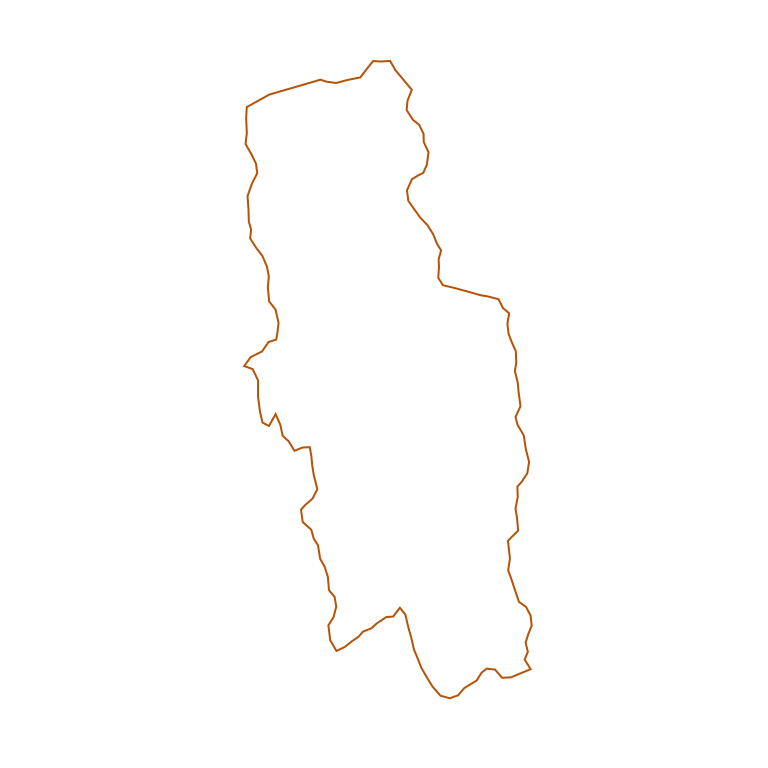 Pomerode, Santa Catarina, Brazil, rotated 171°
{"feature_id": "56859067B15210234936613", "entity_name": "Pomerode", "entity_type": "district", "adm_level": 2, "iso_a3": "BRA", "parent_name": "Brazil", "parent_adm1": "Santa Catarina", "projection": "equal_earth", "projection_center": [-49.174, -26.727], "detail": "fine", "context": "isolated", "style": "outline", "palette": "amber", "viewbox_px": 768, "rotation_deg": 171, "n_neighbors": 0, "source": "geoboundaries", "source_scale": "gbopen_adm2", "svg_char_len": 2176}
<svg xmlns="http://www.w3.org/2000/svg" viewBox="0 0 768 768"><g transform="rotate(171 384 384)"><path d="M327.4,702.1L336.6,703.0L344.2,704.7L350.5,699.0L359.5,690.5L372.5,690.0L384.1,688.8L393.0,691.4L399.2,694.5L452.1,687.8L476.2,679.0L478.6,667.9L480.2,653.4L483.2,642.7L478.8,631.1L476.0,621.8L476.2,612.1L483.2,602.4L489.4,590.9L490.5,577.9L492.1,565.6L491.1,557.5L493.4,548.7L489.2,539.0L484.1,529.5L481.3,518.5L480.9,508.3L483.6,497.7L484.5,483.4L479.5,474.6L478.6,460.9L480.9,452.4L483.5,444.8L491.5,443.5L499.4,435.2L511.4,431.5L519.3,423.6L511.4,419.3L507.8,407.2L510.4,391.3L510.8,376.6L510.1,365.0L504.2,360.5L495.8,371.2L492.8,360.1L492.2,348.7L487.1,342.3L482.9,332.1L474.2,334.0L467.2,333.2L467.0,324.2L467.6,315.4L467.6,305.2L466.3,290.5L472.5,282.0L480.2,277.2L485.6,272.9L485.9,260.4L478.6,251.4L477.6,242.3L474.4,235.0L474.4,221.3L471.3,213.2L469.6,202.3L470.6,189.0L466.1,181.4L466.0,171.5L470.4,161.5L476.7,154.3L477.2,139.2L472.7,127.8L464.0,130.4L456.4,134.7L448.8,138.3L443.5,142.7L434.8,144.6L428.2,148.9L418.3,153.4L411.3,152.9L403.3,160.5L399.0,152.9L398.0,139.6L396.7,128.5L396.0,117.4L393.7,107.7L391.6,98.1L387.0,86.0L383.4,77.5L377.0,67.3L368.1,63.3L359.4,65.0L352.6,70.9L346.6,73.5L338.9,76.6L332.7,83.7L327.0,86.8L319.0,84.6L313.4,75.4L304.5,74.4L295.4,76.6L283.8,79.4L288.2,89.9L283.8,97.0L284.6,106.4L280.4,114.8L275.9,122.3L275.5,132.5L278.5,141.5L284.8,147.7L286.9,160.1L288.9,172.4L290.5,180.5L286.9,192.1L286.1,209.8L274.5,218.2L273.6,229.8L273.6,240.4L269.6,251.4L268.3,261.8L263.0,266.1L256.4,273.5L252.9,284.3L254.1,297.6L254.0,311.4L258.4,322.5L259.3,330.8L252.7,340.6L252.3,355.0L251.7,364.6L252.7,376.2L250.0,384.5L248.7,395.8L251.4,405.8L253.1,414.2L252.7,424.1L249.3,434.3L254.6,440.3L257.6,449.8L267.6,454.2L275.3,456.8L282.9,460.4L290.8,464.0L300.5,468.3L310.3,472.3L313.8,480.4L311.5,490.5L310.5,498.6L306.7,507.0L309.7,514.1L312.0,524.3L316.4,534.4L322.1,542.5L327.0,552.3L331.3,561.1L331.0,571.7L324.4,581.9L318.1,584.5L312.2,586.4L307.4,593.8L303.8,605.9L306.9,616.9L305.8,624.9L308.8,634.6L314.1,640.4L318.8,651.0L316.4,660.3L310.5,670.2L323.7,692.3L327.4,702.1Z" fill="none" stroke="#b45309" stroke-width="2"/></g></svg>